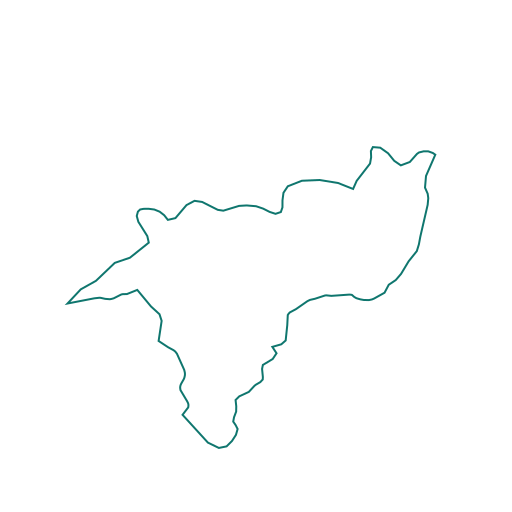 the Department of Chalatenango, rotated 303°
{"feature_id": "SLV-1357", "entity_name": "Chalatenango", "entity_type": "Department", "adm_level": 1, "iso_a3": "SLV", "parent_name": "El Salvador", "parent_adm1": "", "projection": "robinson", "projection_center": [-89.111, 14.18], "detail": "fine", "context": "isolated", "style": "outline", "palette": "teal", "viewbox_px": 512, "rotation_deg": 303, "n_neighbors": 0, "source": "natural_earth", "source_scale": "10m", "svg_char_len": 2039}
<svg xmlns="http://www.w3.org/2000/svg" viewBox="0 0 512 512"><g transform="rotate(303 256 256)"><path d="M113.5,123.8L132.6,127.2L148.0,135.3L173.3,141.3L185.9,151.2L208.8,158.8L213.5,154.0L220.6,138.7L224.6,134.2L228.9,132.8L231.9,133.5L234.3,136.0L237.1,140.2L239.6,145.4L240.7,151.1L240.2,156.8L238.3,162.4L243.9,167.8L260.9,170.0L268.8,174.4L272.0,181.4L273.9,198.8L276.2,203.9L288.8,214.5L293.3,220.6L297.8,229.0L299.6,236.1L299.9,238.7L300.4,243.4L302.0,249.4L306.4,252.9L311.2,251.7L317.1,247.9L324.0,244.6L331.8,244.7L344.1,253.5L354.4,268.0L361.9,285.0L365.1,300.9L373.9,299.5L395.6,301.3L401.5,298.8L406.6,295.2L411.0,294.7L414.5,301.2L414.1,310.8L411.1,320.1L410.9,328.1L418.6,333.8L429.3,335.4L431.6,336.3L435.2,339.7L437.6,343.5L438.7,348.2L438.6,351.2L415.7,355.0L405.4,360.5L401.7,366.1L398.3,369.0L392.4,372.1L361.9,383.2L354.4,386.3L347.7,388.2L334.7,386.9L320.0,387.4L311.9,386.3L304.2,383.0L295.2,383.8L284.6,378.2L282.7,376.9L280.5,374.7L277.8,370.3L276.5,367.2L275.7,364.6L275.3,363.2L275.2,361.8L275.2,360.3L275.6,357.9L275.6,357.7L275.3,356.8L274.4,355.2L263.6,340.9L261.3,336.4L260.5,335.4L252.2,328.7L248.6,325.2L246.1,323.7L233.3,318.5L227.1,315.1L225.3,314.8L223.8,314.8L215.0,319.9L201.3,326.9L195.7,325.3L188.7,319.2L185.6,326.2L178.7,326.1L168.4,321.1L164.6,322.6L158.2,327.7L156.1,328.9L152.6,328.3L147.8,325.9L146.2,325.4L138.1,324.0L129.2,318.4L124.1,317.3L119.2,321.3L114.7,324.1L108.8,325.4L104.7,327.1L103.1,331.0L100.9,334.8L95.1,336.6L87.7,336.6L80.3,335.0L74.8,329.4L73.3,317.3L82.8,280.9L92.1,281.6L93.4,281.0L94.5,280.3L95.5,279.3L96.6,277.5L102.4,265.7L103.4,264.8L104.4,264.0L105.6,263.4L106.9,263.0L108.3,262.8L113.4,262.5L114.9,262.2L116.3,261.7L117.5,261.2L118.6,260.5L119.6,259.7L121.4,257.8L131.0,242.9L131.9,240.3L132.1,238.2L131.6,231.9L131.7,220.6L150.2,212.2L154.6,206.8L156.5,195.4L162.9,174.9L153.8,168.5L151.4,165.0L150.4,164.0L143.0,159.7L141.2,158.1L140.1,156.9L137.9,152.8L136.3,148.5L135.7,147.4L132.4,143.4L113.5,123.8Z" fill="none" stroke="#0f766e" stroke-width="2"/></g></svg>